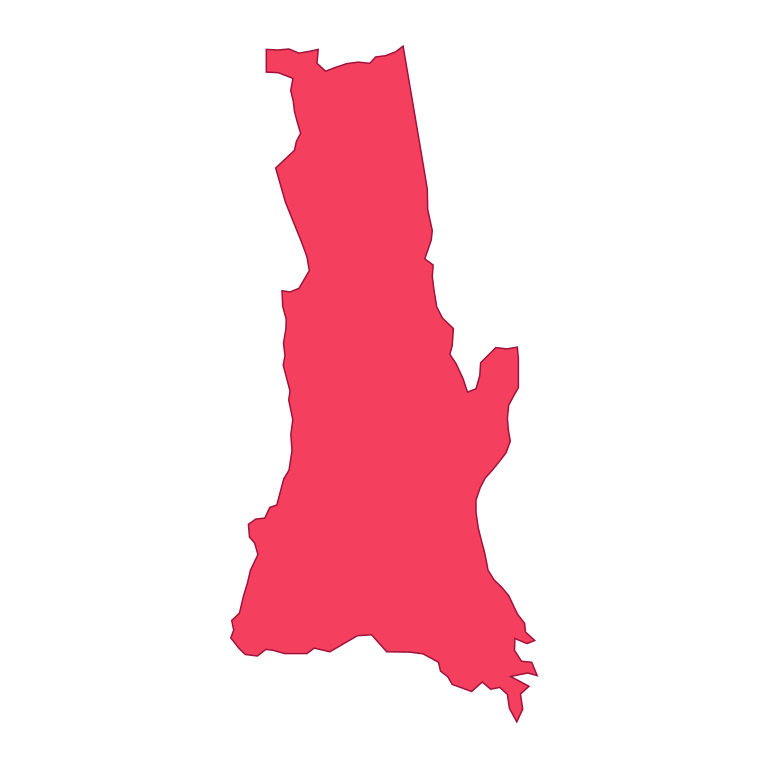 Portão, Rio Grande do Sul, Brazil (Natural Earth projection)
{"feature_id": "56859067B47058469819557", "entity_name": "Portão", "entity_type": "district", "adm_level": 2, "iso_a3": "BRA", "parent_name": "Brazil", "parent_adm1": "Rio Grande do Sul", "projection": "natural_earth1", "projection_center": [-51.245, -29.693], "detail": "fine", "context": "isolated", "style": "filled", "palette": "rose", "viewbox_px": 768, "rotation_deg": 0, "n_neighbors": 0, "source": "geoboundaries", "source_scale": "gbopen_adm2", "svg_char_len": 1900}
<svg xmlns="http://www.w3.org/2000/svg" viewBox="0 0 768 768"><path d="M230.8,637.9L239.0,648.4L245.3,654.5L257.4,656.0L265.9,649.4L273.0,650.3L284.7,653.6L306.9,653.6L314.2,648.1L329.8,651.8L357.4,635.7L371.6,634.8L386.7,651.8L409.4,652.1L423.0,653.8L438.5,662.3L440.5,671.1L447.9,676.9L452.2,684.4L471.7,691.5L482.2,682.0L490.7,689.2L499.7,687.4L507.4,694.4L509.4,708.3L516.8,721.9L522.7,709.2L520.5,694.0L529.0,686.3L510.6,676.5L527.7,673.0L537.2,675.6L531.7,662.3L521.5,661.2L514.5,650.3L514.9,638.5L527.0,643.6L534.7,640.5L525.5,632.0L524.6,623.3L517.6,614.3L513.3,605.4L508.8,595.8L502.1,587.7L493.9,579.7L488.0,570.1L486.2,560.3L484.2,550.9L481.5,541.0L478.3,528.0L476.0,512.3L476.0,500.1L480.3,487.4L485.4,477.8L492.3,470.2L500.6,459.9L506.1,452.7L510.3,441.2L508.3,429.6L507.4,418.2L508.7,405.2L513.4,396.4L518.4,387.7L518.4,358.5L517.3,347.1L506.8,348.9L495.8,347.6L480.6,362.8L479.8,375.5L476.0,388.8L467.5,392.1L463.1,378.8L456.1,363.7L449.9,354.3L452.2,345.6L453.4,328.6L442.5,318.1L436.7,306.8L433.8,288.7L432.3,276.3L433.2,265.1L424.8,258.8L431.2,240.3L432.3,230.6L427.7,209.5L427.3,189.2L421.5,154.3L403.1,46.1L395.7,51.8L385.5,55.7L375.5,57.0L369.9,63.3L358.2,62.1L346.9,63.6L335.7,67.3L325.5,71.2L317.0,63.3L318.2,49.4L309.6,51.3L298.9,53.1L288.9,49.0L277.7,50.0L266.3,49.4L266.3,72.1L278.3,72.7L292.9,78.4L290.7,90.6L293.2,100.7L294.4,111.1L297.1,121.4L300.6,133.4L296.4,141.4L294.4,150.4L275.7,168.0L285.4,202.1L301.8,242.7L306.9,256.6L309.3,270.6L299.0,288.3L290.0,292.0L282.0,290.7L282.7,306.3L286.2,319.2L285.9,329.0L283.5,343.2L285.0,355.9L283.2,365.0L290.0,391.0L288.7,400.1L292.8,419.6L290.8,434.8L292.0,450.5L289.0,470.2L283.8,478.7L276.8,505.0L269.8,507.4L264.8,518.1L255.9,519.0L248.4,524.3L249.5,537.1L254.7,543.2L257.9,554.6L250.4,570.3L247.7,582.1L243.4,596.4L239.5,613.0L231.7,620.5L233.7,630.0L230.8,637.9Z" fill="#f43f5e" stroke="#9f1239" stroke-width="1.5"/></svg>